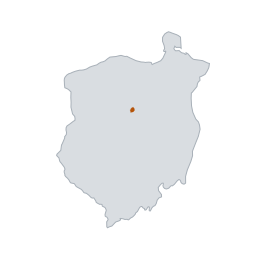 Bodoc, Covasna, Romania shown in context, rotated 280°
{"feature_id": "2599482B10512922850096", "entity_name": "Bodoc", "entity_type": "district", "adm_level": 2, "iso_a3": "ROU", "parent_name": "Romania", "parent_adm1": "Covasna", "projection": "mercator", "projection_center": [25.837, 45.981], "detail": "fine", "context": "in_parent", "style": "filled", "palette": "amber", "viewbox_px": 256, "rotation_deg": 280, "n_neighbors": 0, "source": "geoboundaries", "source_scale": "gbopen_adm2", "svg_char_len": 4119}
<svg xmlns="http://www.w3.org/2000/svg" viewBox="0 0 256 256"><g transform="rotate(280 128 128)"><path d="M197.7,145.4L200.0,148.6L202.8,150.2L209.5,152.0L210.1,151.8L210.2,151.5L209.7,151.0L209.6,150.4L209.9,149.7L210.9,149.7L212.4,150.3L215.2,149.4L219.5,146.9L223.3,146.3L226.9,147.8L228.7,149.6L229.8,151.2L229.5,153.3L229.2,154.5L228.3,159.8L227.7,161.7L226.6,163.9L215.7,166.5L216.4,165.3L216.1,163.1L215.7,161.4L216.7,159.9L214.2,159.4L213.1,160.2L212.3,161.6L213.1,164.9L211.9,166.8L211.4,167.8L211.3,170.2L210.6,171.2L210.5,172.3L212.2,172.1L211.5,174.1L208.2,178.1L207.0,180.5L207.3,189.8L205.8,195.4L205.7,197.0L202.2,197.1L201.2,197.0L197.9,196.1L194.2,194.6L192.0,191.8L190.6,189.7L187.5,190.6L186.9,190.4L186.0,189.4L183.7,188.7L180.8,188.7L174.2,185.0L173.5,184.3L168.3,185.0L160.6,186.8L154.7,189.1L148.6,193.2L146.2,196.3L143.3,197.9L139.3,199.2L132.0,198.7L124.4,197.1L116.3,195.5L111.9,196.4L106.0,195.7L97.0,193.7L90.4,193.1L83.8,194.3L82.7,193.4L82.4,192.4L82.7,190.9L83.6,189.7L85.2,188.8L86.0,187.9L86.1,187.0L84.3,185.5L80.7,183.5L79.2,182.2L78.8,181.9L78.7,180.7L77.9,179.8L76.5,179.2L75.4,178.0L74.6,176.3L74.8,174.6L75.9,173.1L77.3,172.4L79.1,172.6L79.8,172.2L79.5,171.1L77.8,169.8L74.7,168.1L71.6,169.0L68.3,172.5L66.0,173.0L64.6,170.7L62.1,169.3L58.4,168.9L56.2,168.0L55.3,166.6L53.7,165.5L50.2,164.4L50.2,163.4L50.8,163.1L52.0,163.0L53.7,162.8L53.9,162.2L54.0,161.6L52.6,160.9L51.3,160.4L50.6,160.0L50.2,159.4L50.1,158.9L50.5,158.5L51.0,158.5L51.5,158.2L51.8,156.9L52.6,155.8L53.1,155.4L53.0,154.7L52.5,153.9L51.8,153.3L50.7,152.9L47.4,151.8L45.7,150.3L44.6,150.2L43.0,149.3L41.2,148.0L39.7,146.1L38.1,144.9L37.6,144.4L37.6,143.9L37.9,143.3L37.9,142.8L37.4,140.9L37.7,138.9L37.7,137.0L37.6,136.2L37.3,135.9L37.0,136.2L36.6,136.6L36.2,136.6L35.0,135.3L33.5,132.5L32.4,131.6L30.4,130.3L28.7,129.2L27.5,126.9L26.2,125.1L27.0,124.3L31.9,123.3L34.2,124.3L35.2,123.9L36.2,123.1L36.7,122.4L36.8,121.7L37.3,120.8L39.0,120.4L43.3,120.9L45.1,119.7L45.8,119.0L46.2,117.5L46.6,116.3L48.2,115.6L48.2,114.5L47.9,113.3L48.8,110.6L49.4,109.5L50.3,109.1L51.3,108.3L53.2,106.5L52.8,105.0L53.1,103.8L55.1,101.0L56.5,98.3L56.5,97.0L56.7,95.8L58.0,94.5L59.4,92.8L61.2,87.6L61.8,86.7L63.0,85.7L63.9,84.7L64.0,81.2L64.8,80.2L66.4,79.0L68.0,77.2L69.3,75.1L70.3,74.1L71.6,73.8L73.0,73.0L74.6,72.6L76.1,73.1L77.1,72.8L78.6,71.8L82.3,67.8L82.9,67.0L83.6,66.5L86.7,65.1L87.5,63.8L88.5,62.5L89.9,62.6L94.3,65.7L99.1,65.5L99.9,65.6L100.2,65.6L100.8,65.9L107.1,67.4L108.1,67.2L108.3,67.1L110.9,68.4L113.1,68.2L115.2,67.3L117.5,67.0L119.5,67.6L121.1,69.3L125.1,73.0L126.3,74.4L128.1,74.2L130.2,73.5L132.2,71.0L138.6,68.2L143.4,67.5L148.1,66.4L153.6,65.6L155.2,63.3L156.0,61.7L156.7,58.8L159.6,57.9L162.4,57.3L163.4,57.0L165.4,56.8L167.0,57.1L169.5,58.5L171.2,60.3L171.9,61.8L173.3,63.8L174.9,66.6L176.6,70.4L176.9,72.3L177.6,74.4L178.9,76.9L181.3,79.7L181.6,80.2L182.7,82.1L184.8,86.4L186.6,88.1L188.1,90.0L188.9,91.9L190.0,93.6L192.6,95.8L194.7,97.9L196.3,103.7L197.5,106.4L198.3,108.5L197.9,112.6L198.4,114.4L197.4,117.7L195.7,124.2L195.3,129.3L195.6,132.1L195.6,133.9L196.0,135.0L196.5,137.3L196.6,139.4L195.9,139.9L195.1,140.4L194.7,140.8L195.5,141.8L196.6,143.5L197.7,145.4Z" fill="#d9dde1" stroke="#a8b0b8" stroke-width="1"/><path d="M148.3,128.9L148.2,128.7L147.9,128.6L147.7,128.7L147.4,128.7L147.2,128.6L146.9,128.5L146.7,128.6L146.6,128.4L146.6,128.5L146.6,128.4L146.5,128.2L146.4,128.1L146.3,127.9L146.2,127.9L146.1,127.7L145.9,127.5L145.7,127.5L145.7,127.4L145.7,127.5L145.5,127.8L145.4,127.9L145.4,128.0L145.2,128.1L145.0,128.3L144.9,128.4L144.8,128.5L144.7,128.5L144.8,128.7L144.8,128.8L144.9,129.0L145.0,129.0L145.3,129.2L145.3,129.3L145.2,129.3L145.3,129.5L145.5,129.6L145.5,129.8L145.4,129.9L145.5,130.0L145.8,130.3L146.1,130.4L146.2,130.5L146.4,130.6L146.5,130.5L146.7,130.4L146.8,130.3L146.9,130.5L147.0,130.5L146.9,130.5L147.0,130.6L147.3,130.5L147.5,130.4L147.8,130.3L147.8,130.2L148.0,130.0L147.9,130.0L147.8,129.9L147.8,129.7L147.7,129.6L147.8,129.4L147.8,129.2L148.0,129.0L148.0,128.9L148.1,129.0L148.2,128.9L148.3,128.9L148.3,128.9Z" fill="#f59e0b" stroke="#b45309" stroke-width="1.5"/></g></svg>